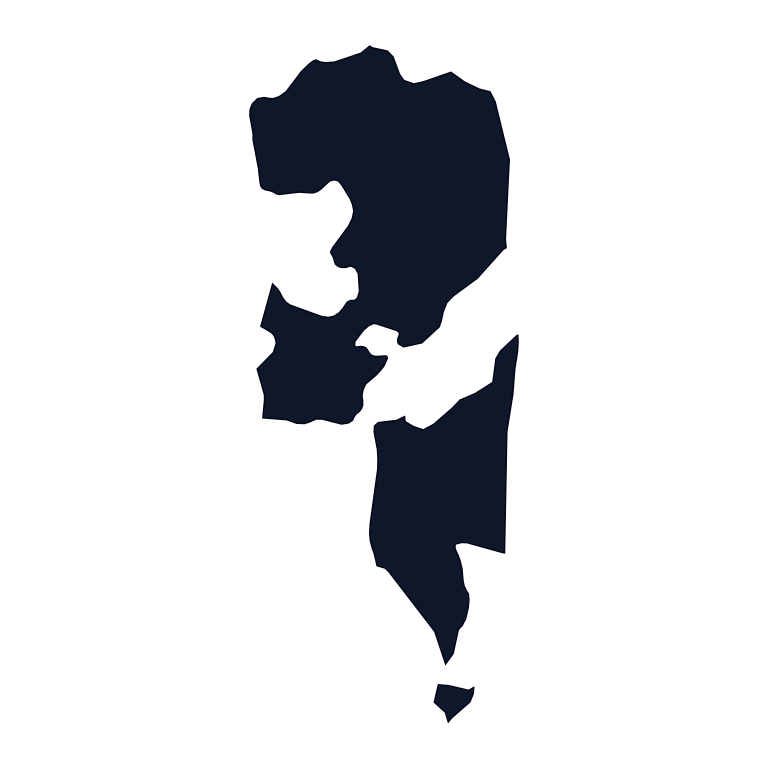 the border of Fujayrah
{"feature_id": "ARE-341", "entity_name": "Fujayrah", "entity_type": "Emirate", "adm_level": 1, "iso_a3": "ARE", "parent_name": "United Arab Emirates", "parent_adm1": "", "projection": "equal_earth", "projection_center": [56.162, 25.265], "detail": "fine", "context": "isolated", "style": "filled", "palette": "ink", "viewbox_px": 768, "rotation_deg": 0, "n_neighbors": 0, "source": "natural_earth", "source_scale": "10m", "svg_char_len": 2904}
<svg xmlns="http://www.w3.org/2000/svg" viewBox="0 0 768 768"><path d="M439.1,326.9L421.8,342.8L403.8,346.8L398.4,343.7L397.7,341.6L397.8,338.9L398.9,336.2L399.5,333.8L398.8,331.9L396.8,330.5L376.2,323.7L373.6,323.4L368.6,325.7L363.5,330.1L354.9,341.3L354.4,345.4L356.1,347.2L360.5,346.5L363.7,346.9L366.2,348.2L369.5,353.3L370.7,354.7L372.7,355.8L374.7,356.3L377.1,356.5L385.8,355.9L386.5,356.3L387.0,356.8L387.3,357.6L387.1,358.7L384.1,365.7L380.6,370.2L375.9,375.2L365.6,383.9L362.9,390.2L361.9,395.8L362.6,400.6L362.6,405.0L361.4,408.6L359.5,411.2L355.9,414.1L354.2,416.5L352.4,420.3L348.4,422.9L341.6,424.0L322.4,419.1L316.3,418.9L310.1,421.7L304.5,423.5L296.6,423.2L286.9,419.7L262.9,417.8L264.6,399.7L264.5,394.8L257.2,369.0L273.5,352.4L276.3,343.5L275.8,340.2L274.9,337.2L273.6,334.8L271.9,333.0L269.9,331.5L260.9,326.3L272.6,284.0L277.5,289.0L280.0,292.8L282.6,297.8L285.8,302.2L290.0,305.1L321.4,316.5L328.2,317.5L333.9,316.3L339.0,313.0L342.9,308.6L347.4,302.0L350.8,300.5L354.5,300.6L357.5,298.0L359.5,291.4L358.4,273.8L355.4,268.2L350.8,265.9L345.7,267.4L341.4,267.4L338.0,266.2L335.6,264.2L334.6,261.7L334.0,259.0L333.3,257.1L332.4,255.4L331.7,254.3L330.7,252.5L331.2,250.6L333.0,247.3L348.5,226.3L352.3,218.6L353.9,211.1L352.5,204.1L350.4,199.0L342.1,185.3L339.2,181.8L339.0,181.5L338.8,181.3L338.2,180.9L336.3,180.1L333.4,179.9L330.8,180.6L329.5,181.2L328.9,181.6L320.3,189.5L316.8,191.7L312.7,192.9L298.9,192.1L279.3,194.4L277.0,194.0L272.6,191.6L270.8,190.9L264.6,189.5L262.1,187.9L260.7,185.5L260.1,182.1L258.5,168.1L253.2,140.2L253.2,133.5L249.9,115.8L250.2,109.4L252.5,103.7L257.6,98.7L264.3,97.6L269.4,98.5L273.4,98.7L279.0,96.8L286.1,91.8L301.7,71.3L309.5,63.8L313.0,61.2L316.0,60.0L319.9,61.9L325.4,62.8L334.3,62.2L361.1,53.2L369.7,46.1L372.2,47.8L387.3,51.1L393.0,56.9L399.4,74.2L403.9,80.6L414.0,84.0L424.2,81.6L450.9,72.3L464.5,82.0L479.2,89.1L490.0,91.9L495.1,101.8L509.2,159.6L505.3,239.0L506.1,247.7L503.1,249.4L477.2,278.3L453.3,295.8L446.7,302.7L443.1,312.0L441.3,320.6L439.1,326.9ZM423.2,430.0L433.7,424.4L452.7,407.8L460.0,400.1L475.0,393.7L492.9,382.4L496.0,358.7L500.6,351.0L516.9,335.6L517.7,335.3L518.1,342.0L517.5,351.7L514.8,368.5L512.8,394.2L506.8,431.6L504.5,552.9L501.0,552.1L466.9,542.6L461.3,542.5L455.2,544.1L454.9,547.8L456.0,551.1L458.2,555.7L460.3,561.7L461.9,568.6L463.0,580.9L464.1,586.1L466.2,590.6L468.3,594.0L468.9,599.8L468.2,607.5L465.6,618.9L462.1,625.5L458.3,629.6L453.1,653.5L445.6,664.0L434.8,631.5L388.9,571.7L385.0,568.0L377.1,565.7L374.3,553.6L372.3,548.1L370.5,541.2L369.7,533.6L370.3,523.4L377.8,468.9L378.0,459.4L377.5,449.7L374.2,431.8L374.6,425.9L378.4,422.6L396.5,420.5L404.5,416.6L405.1,421.6L413.0,426.4L423.2,430.0ZM473.7,687.5L473.3,693.4L469.9,701.9L451.9,717.6L448.3,721.9L448.2,721.6L445.4,712.3L434.3,702.2L438.4,684.8L448.9,685.7L468.8,690.4L473.6,687.5L473.7,687.5Z" fill="#0f172a" stroke="#020617" stroke-width="1.5"/></svg>